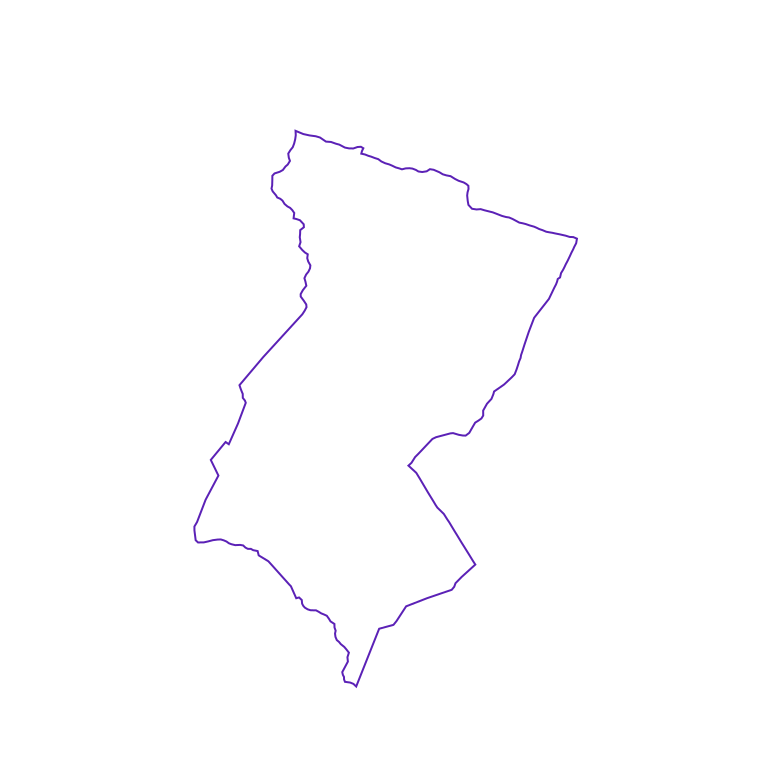 Russas, Ceará, Brazil, rotated 67°
{"feature_id": "56859067B811843204611", "entity_name": "Russas", "entity_type": "district", "adm_level": 2, "iso_a3": "BRA", "parent_name": "Brazil", "parent_adm1": "Ceará", "projection": "natural_earth1", "projection_center": [-38.174, -4.835], "detail": "fine", "context": "isolated", "style": "outline", "palette": "violet", "viewbox_px": 768, "rotation_deg": 67, "n_neighbors": 0, "source": "geoboundaries", "source_scale": "gbopen_adm2", "svg_char_len": 3765}
<svg xmlns="http://www.w3.org/2000/svg" viewBox="0 0 768 768"><g transform="rotate(67 384 384)"><path d="M325.6,149.6L322.7,152.4L321.2,155.6L318.4,158.9L314.8,163.9L312.3,167.6L310.5,170.1L309.0,172.5L307.2,175.2L304.3,178.0L302.0,180.6L299.9,182.4L297.8,184.4L294.9,188.0L292.1,191.1L290.2,193.6L288.3,196.4L285.9,198.3L282.3,201.2L279.6,203.8L278.0,206.4L275.4,209.7L271.4,213.8L268.5,216.8L265.8,220.4L263.3,223.7L260.8,226.7L259.5,230.6L257.1,234.5L252.1,236.3L248.2,235.4L243.0,233.8L240.2,232.2L237.5,230.0L234.5,228.9L232.2,230.0L229.6,231.9L226.1,235.9L223.0,238.5L218.7,241.5L216.3,245.1L213.9,248.0L210.8,250.2L206.2,254.6L204.2,257.8L204.9,261.6L203.8,266.0L201.8,269.3L199.4,271.0L196.8,273.7L195.3,276.3L194.0,279.8L193.4,283.6L191.6,285.6L189.2,288.6L186.2,291.2L183.9,293.4L181.3,296.6L178.1,299.5L174.8,301.4L172.4,304.2L169.6,307.1L167.8,309.3L165.4,311.7L163.1,314.9L160.9,313.2L158.9,310.9L156.6,312.6L155.5,315.8L155.2,320.2L153.4,324.2L151.1,327.6L146.2,331.6L144.0,334.4L140.5,338.2L138.2,342.7L132.1,346.6L129.3,350.0L126.1,355.4L122.4,360.6L116.4,366.5L120.5,368.0L124.0,370.1L127.6,372.8L130.4,375.5L132.1,378.7L134.5,382.1L138.5,383.2L141.9,383.4L144.4,386.9L145.3,389.7L147.5,393.5L147.9,397.1L147.4,402.5L148.7,405.4L152.6,407.1L157.6,409.4L160.2,411.2L163.2,411.2L168.1,409.7L170.6,409.4L173.0,407.1L175.5,405.8L179.4,405.2L182.8,403.5L185.2,401.6L188.0,400.5L191.5,399.8L193.9,401.2L196.2,402.5L197.9,400.2L200.4,397.4L205.6,395.5L208.4,396.5L209.6,401.0L213.1,402.6L216.0,404.2L220.8,405.4L224.1,408.3L228.7,406.9L232.1,405.4L234.8,403.5L238.2,405.5L241.7,405.9L246.0,405.4L248.6,406.9L251.1,409.7L252.8,412.9L255.5,415.9L259.0,416.3L263.2,417.1L265.9,422.0L268.7,425.6L271.0,426.5L276.0,425.3L280.4,424.5L283.0,425.3L285.4,428.2L287.9,431.9L312.0,484.6L328.6,517.5L332.2,517.8L335.3,517.9L337.9,517.9L341.6,519.4L344.9,518.5L347.3,518.6L363.3,533.8L378.8,550.4L375.5,552.5L386.2,573.1L403.6,572.2L420.8,593.4L438.0,610.0L441.1,614.2L444.7,615.7L454.2,618.4L457.2,617.1L459.4,611.7L460.2,607.3L460.9,602.5L462.2,597.9L463.3,595.0L465.3,592.6L467.5,590.5L470.0,589.0L471.9,587.0L474.2,583.9L475.9,579.3L477.6,576.7L480.4,575.5L482.5,573.8L483.7,571.0L485.8,569.4L488.4,565.6L492.8,566.3L502.0,559.7L508.3,557.5L512.2,556.2L531.5,549.6L533.8,548.7L546.9,548.5L547.3,545.6L550.7,544.1L554.2,545.2L556.7,545.0L559.0,544.2L561.6,542.3L563.5,540.1L564.7,537.5L565.8,535.0L568.3,533.0L570.6,531.4L572.7,529.3L575.0,527.2L578.7,526.4L581.6,526.0L585.5,523.4L588.8,524.7L592.2,524.9L594.6,526.6L597.9,527.5L601.3,527.5L603.8,526.2L606.6,525.4L610.5,523.3L613.4,522.4L617.6,521.3L621.2,524.4L625.4,525.7L632.9,535.0L635.6,535.5L638.1,535.3L640.3,536.2L642.9,536.3L645.6,531.8L648.1,529.3L651.6,527.8L607.4,484.1L609.4,469.4L607.1,465.1L597.3,450.5L598.0,428.0L599.1,412.8L599.9,402.1L598.1,398.6L595.3,396.0L591.9,387.8L585.9,370.5L581.3,371.3L573.9,372.4L569.5,373.1L564.4,373.9L560.1,374.6L555.9,375.2L551.1,375.9L547.3,376.5L541.7,377.3L536.7,378.0L533.2,378.7L527.0,379.7L518.6,383.2L515.4,383.8L512.3,384.2L501.0,385.9L484.5,388.1L478.4,389.0L468.7,393.4L467.3,389.5L463.4,383.9L461.7,379.7L453.5,360.9L453.3,356.9L455.4,342.2L456.2,339.6L460.0,335.0L462.2,331.6L463.4,329.0L462.3,324.6L460.0,321.6L457.2,317.9L455.2,315.2L454.6,311.4L453.8,307.8L451.8,305.0L447.2,303.1L442.4,296.9L439.7,290.9L436.1,287.3L433.9,285.6L431.4,273.7L427.8,263.9L426.1,259.9L422.4,256.3L419.1,253.4L416.0,250.8L413.4,248.1L411.0,246.6L408.0,243.9L402.4,239.1L392.6,230.4L381.7,219.9L375.9,209.4L370.1,198.9L361.8,189.5L359.5,186.7L357.3,184.6L355.2,183.0L354.7,180.3L351.1,177.7L348.9,174.6L346.8,172.1L344.9,170.0L342.4,166.9L338.8,162.8L336.4,160.2L334.0,157.3L332.2,155.4L329.5,152.1L325.6,149.6Z" fill="none" stroke="#5b21b6" stroke-width="2"/></g></svg>